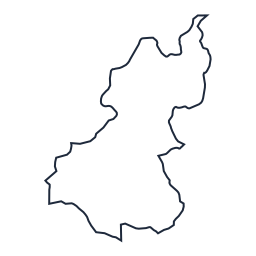 Wangdi Phodrang, Albers equal-area conic projection
{"feature_id": "BTN-2487", "entity_name": "Wangdi Phodrang", "entity_type": "District", "adm_level": 1, "iso_a3": "BTN", "parent_name": "Bhutan", "parent_adm1": "", "projection": "albers", "projection_center": [90.204, 27.588], "detail": "fine", "context": "isolated", "style": "outline", "palette": "slate", "viewbox_px": 256, "rotation_deg": 0, "n_neighbors": 0, "source": "natural_earth", "source_scale": "10m", "svg_char_len": 2948}
<svg xmlns="http://www.w3.org/2000/svg" viewBox="0 0 256 256"><path d="M138.7,228.7L135.9,228.3L125.2,223.6L120.9,224.6L121.2,240.6L115.9,237.3L112.6,236.7L104.6,233.2L96.1,232.2L91.2,225.6L88.5,220.8L87.5,218.0L87.0,216.8L85.5,214.6L83.4,212.1L79.0,208.5L76.5,206.0L73.5,204.0L71.7,203.3L65.6,203.8L61.2,201.3L49.2,203.8L49.3,189.7L49.7,187.1L49.7,184.7L49.3,184.2L48.7,183.8L47.1,182.6L45.4,180.6L56.4,171.1L54.9,166.4L55.2,162.0L56.2,157.7L67.0,154.7L70.2,151.7L71.0,148.8L71.4,146.4L71.5,145.3L71.1,143.1L71.3,143.1L79.9,143.8L80.1,143.8L90.3,141.2L95.2,137.2L96.2,133.7L103.4,127.6L108.7,120.5L113.4,119.0L116.3,115.9L116.9,114.5L116.8,112.8L116.1,111.7L114.5,110.0L112.8,108.0L111.3,106.6L109.8,106.0L108.4,105.9L105.7,106.3L104.3,106.1L102.8,105.3L101.2,103.6L100.9,101.3L101.1,98.7L101.6,97.0L102.1,95.7L102.9,94.6L106.1,91.1L108.2,89.3L110.2,85.4L109.9,78.4L111.0,70.9L111.6,70.1L112.5,69.2L113.4,69.2L114.4,69.0L115.4,68.7L119.6,68.0L121.9,67.1L126.0,64.9L127.9,63.0L129.2,61.2L130.0,59.5L138.7,44.4L140.1,40.5L141.0,39.2L142.0,38.5L143.0,38.3L149.7,37.8L153.0,37.7L156.5,40.6L157.1,41.9L157.4,43.0L157.2,43.7L157.0,44.3L157.0,44.9L157.5,46.3L161.5,52.9L164.3,55.4L166.1,56.6L167.3,56.5L168.3,55.8L169.5,54.7L170.7,54.2L172.0,54.2L174.9,54.9L176.1,54.9L177.4,54.7L179.6,54.5L180.7,53.6L181.3,52.4L181.2,51.1L180.9,49.6L180.8,47.4L180.6,46.3L180.3,45.2L179.7,44.1L179.6,43.0L179.7,41.2L179.3,39.9L179.7,38.0L180.9,35.8L187.4,31.9L189.3,30.2L191.5,26.7L192.8,23.8L193.3,19.0L196.4,16.6L197.7,15.5L207.0,15.4L200.8,20.8L197.6,26.3L202.1,32.2L202.5,33.8L202.6,35.4L202.0,37.5L201.4,38.7L200.9,39.6L200.4,40.2L200.1,40.6L200.0,41.1L200.2,41.7L200.9,42.5L201.4,43.5L202.0,45.3L202.6,46.8L203.1,47.7L203.6,48.1L206.0,48.7L206.7,48.9L207.3,49.3L207.9,50.3L208.2,51.3L208.6,53.0L209.1,53.9L209.7,54.8L210.1,55.7L210.4,57.0L210.6,59.3L209.5,66.0L207.2,70.5L206.0,72.2L204.9,72.9L204.2,72.8L203.7,74.0L203.5,74.9L205.0,84.2L204.9,87.5L203.1,98.3L202.3,100.8L201.2,102.6L199.0,104.3L189.6,108.3L188.6,108.3L187.6,108.0L185.5,106.5L184.4,106.5L183.3,106.8L181.9,107.3L180.1,107.7L178.9,107.8L178.2,107.7L177.4,107.6L176.7,107.2L176.0,106.9L175.2,107.1L174.5,107.6L173.7,108.7L173.2,109.6L172.8,111.1L172.4,115.3L171.7,116.8L169.0,120.5L168.9,122.1L169.3,123.4L170.2,125.3L170.6,126.3L170.9,127.2L171.0,127.9L171.8,129.9L172.2,131.0L175.9,138.6L178.1,141.4L184.1,144.4L181.9,146.6L181.0,147.3L180.3,148.1L179.8,148.5L179.1,148.6L178.0,148.0L176.8,147.8L175.3,147.9L172.5,148.7L170.7,149.6L167.1,153.1L165.9,154.0L158.4,155.8L162.1,162.2L162.8,164.0L163.8,171.1L167.1,177.0L169.7,180.3L169.5,181.1L169.6,182.1L169.4,182.8L169.8,183.9L170.6,185.2L176.9,190.8L178.4,192.5L179.3,194.8L180.1,201.4L183.6,203.5L183.7,206.6L182.7,210.4L178.8,216.0L175.8,218.9L173.9,221.4L173.8,225.0L168.6,228.5L164.0,229.9L158.0,233.3L156.0,231.3L153.8,230.1L150.8,227.5L150.0,227.1L149.0,227.2L146.0,228.1L138.7,228.7Z" fill="none" stroke="#1e293b" stroke-width="2"/></svg>